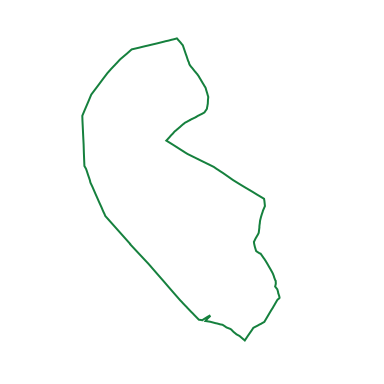 the district of Rozendaal, Gelderland, Netherlands, rotated 322°
{"feature_id": "6326949B60180750903375", "entity_name": "Rozendaal", "entity_type": "district", "adm_level": 2, "iso_a3": "NLD", "parent_name": "Netherlands", "parent_adm1": "Gelderland", "projection": "albers", "projection_center": [5.979, 52.039], "detail": "fine", "context": "isolated", "style": "outline", "palette": "green", "viewbox_px": 384, "rotation_deg": 322, "n_neighbors": 0, "source": "geoboundaries", "source_scale": "gbopen_adm2", "svg_char_len": 5815}
<svg xmlns="http://www.w3.org/2000/svg" viewBox="0 0 384 384"><g transform="rotate(322 192 192)"><path d="M152.5,64.4L149.7,68.2L146.1,73.3L141.0,80.5L135.8,87.9L131.1,94.3L123.2,105.3L122.8,108.3L122.2,110.2L121.4,112.4L120.7,114.3L119.4,118.1L118.6,120.3L118.3,120.8L117.7,122.2L116.8,126.3L114.8,134.0L114.0,137.2L113.3,140.0L112.7,142.3L112.1,144.8L111.2,148.6L110.4,151.5L109.9,153.5L109.7,154.5L109.6,155.0L108.9,157.6L111.3,194.9L111.3,195.0L111.1,195.1L112.1,206.5L113.5,222.0L114.2,235.6L114.7,244.4L115.1,253.1L115.5,260.7L116.0,269.8L116.2,271.7L116.3,272.3L116.3,273.0L116.4,274.0L116.4,274.6L116.5,275.2L116.6,275.8L116.6,276.4L117.0,279.7L117.0,280.1L117.0,280.5L117.1,281.2L117.2,281.9L117.2,282.4L117.3,283.3L117.4,284.2L117.5,285.4L117.6,286.2L117.8,287.7L117.9,288.4L118.0,289.8L118.8,296.9L120.5,298.6L121.1,299.4L122.2,299.4L127.7,300.0L129.6,300.3L129.5,301.0L126.1,301.3L123.2,302.0L123.8,302.6L125.0,303.9L126.6,305.6L127.1,306.3L128.1,307.6L129.9,310.0L130.8,311.0L132.2,312.9L132.5,313.4L134.3,315.4L134.7,316.5L135.3,318.3L135.8,320.0L136.3,320.8L137.0,322.0L137.7,323.1L138.1,324.1L138.3,324.7L138.3,325.0L138.4,326.0L138.5,327.1L138.6,327.7L138.7,328.3L139.2,330.4L139.4,331.4L139.4,331.5L139.9,332.6L140.4,333.8L140.8,334.6L141.1,336.1L141.4,337.7L141.7,339.0L141.7,339.4L142.0,340.2L142.1,341.0L142.2,341.5L144.6,340.7L147.6,339.7L154.1,337.7L156.7,336.8L157.8,337.0L159.0,337.2L160.5,337.5L161.5,337.7L163.7,338.0L164.5,338.2L165.3,338.4L165.8,338.4L165.7,338.4L169.0,338.9L170.0,338.5L173.1,337.3L180.2,334.5L181.8,333.9L182.0,333.8L182.9,333.5L183.2,333.4L184.6,332.9L185.3,332.6L185.9,332.3L186.3,332.2L187.1,331.9L188.0,331.5L188.5,331.3L192.0,329.9L192.6,329.7L193.1,329.5L193.3,329.5L193.7,329.5L193.8,329.5L194.2,329.5L195.4,329.5L195.9,329.2L196.3,328.4L196.5,328.1L196.5,327.9L196.7,327.6L197.0,326.8L197.2,326.1L197.4,325.7L197.6,324.9L197.8,324.6L198.3,323.7L198.7,322.7L199.3,321.2L199.3,320.0L199.3,319.0L199.3,317.7L201.2,316.2L201.3,316.1L201.5,316.0L201.9,315.4L202.2,315.0L203.2,313.6L203.3,313.4L203.3,312.8L203.3,312.7L203.9,310.8L204.4,309.3L204.6,309.0L205.5,306.0L205.8,304.4L206.3,301.2L206.7,298.2L207.2,294.8L207.5,292.3L207.6,291.6L207.7,290.2L207.8,289.4L207.8,288.1L208.0,284.9L208.1,282.8L207.6,282.1L207.4,281.8L207.2,281.0L207.0,280.6L206.7,279.6L206.5,279.2L206.4,278.6L206.2,278.2L206.5,277.2L207.9,273.6L209.2,270.9L210.1,269.4L210.4,269.3L212.6,268.2L213.6,267.7L214.9,267.2L217.4,266.2L217.5,266.2L218.1,265.9L218.5,265.7L218.8,265.6L219.1,265.4L219.3,265.3L219.8,264.9L220.0,264.7L221.1,263.6L221.8,262.9L222.7,262.0L223.1,261.6L223.4,261.3L223.6,261.0L224.1,260.4L224.8,259.7L225.5,259.0L226.4,258.2L226.6,257.9L227.9,256.6L228.1,256.4L231.2,254.0L233.2,252.6L235.5,251.1L236.4,250.4L237.9,249.6L240.8,248.0L243.5,243.7L244.6,241.7L242.6,236.5L241.8,234.5L239.8,229.1L237.0,222.0L234.4,215.2L231.7,207.9L228.1,196.1L226.9,192.7L226.2,190.5L225.7,189.2L224.6,185.6L224.4,185.2L223.2,182.7L219.8,175.7L218.2,172.4L214.3,164.3L211.9,159.3L211.0,156.9L208.5,149.8L205.4,141.1L203.4,135.7L208.4,134.9L209.1,134.7L210.3,134.5L210.8,134.4L212.7,134.2L214.6,133.8L215.1,133.7L215.7,133.6L216.0,133.6L216.3,133.6L216.8,133.6L217.8,133.6L218.8,133.5L220.0,133.5L221.4,133.4L222.5,133.4L223.6,133.3L224.6,133.2L225.3,133.2L226.5,133.1L226.8,133.1L227.1,133.2L228.4,133.1L228.8,133.1L229.0,133.1L229.8,133.2L230.1,133.3L231.2,133.5L232.3,133.7L232.6,133.7L232.9,133.7L233.6,133.9L234.1,134.0L234.4,134.0L234.6,134.1L234.8,134.0L235.2,134.2L235.5,134.2L235.9,134.2L236.2,134.3L236.4,134.3L236.6,134.4L236.9,134.4L237.1,134.5L237.9,134.7L238.1,134.7L238.5,134.8L239.3,135.0L239.8,135.1L240.6,135.3L240.8,135.3L241.2,135.3L241.4,135.4L241.6,135.4L241.7,135.5L241.9,135.5L242.1,135.5L242.4,135.5L242.9,135.5L243.4,135.6L243.7,135.7L244.1,135.7L244.7,135.9L245.5,136.0L246.8,136.3L248.2,136.6L249.0,136.7L249.5,136.8L250.2,136.9L250.5,136.9L250.9,136.9L251.3,136.8L252.8,136.3L254.5,135.8L254.7,135.7L254.9,135.6L255.1,135.5L255.3,135.3L255.4,135.2L256.1,134.5L256.9,133.9L257.7,133.1L258.4,132.5L258.7,132.3L258.9,132.0L259.2,131.7L259.5,131.3L259.8,131.0L261.4,129.1L261.9,128.6L262.4,128.1L262.6,127.9L262.8,127.7L263.0,127.5L263.0,127.4L263.3,127.0L263.5,126.8L263.6,126.6L263.7,126.2L263.8,125.8L264.0,125.4L264.1,125.2L264.2,124.8L264.3,124.6L264.4,124.4L264.5,124.2L264.7,123.7L265.0,123.0L265.1,122.6L265.2,122.4L265.6,121.4L265.7,121.0L265.8,120.8L266.4,119.4L266.5,119.1L266.7,118.7L266.8,118.4L266.9,117.8L267.0,117.3L267.1,115.9L267.2,115.3L267.3,114.7L267.4,113.7L267.5,112.9L267.5,112.6L267.7,111.6L267.7,111.2L267.8,110.4L267.9,110.0L267.9,109.6L268.0,109.2L268.1,108.4L268.1,108.2L268.3,106.7L268.3,106.3L268.4,105.9L268.5,105.6L268.5,105.4L268.5,105.2L268.6,104.5L268.6,104.2L268.6,103.9L268.6,103.6L268.6,103.3L268.6,103.1L268.7,102.9L268.7,102.4L268.6,101.4L268.6,100.8L268.6,100.3L268.6,100.0L268.6,99.6L268.5,99.2L268.5,98.6L268.5,97.3L268.5,97.1L268.5,96.2L268.5,95.2L268.5,94.7L268.5,94.1L268.4,93.4L268.4,92.7L268.4,92.3L268.4,91.9L268.4,91.6L268.4,91.3L268.4,90.8L268.4,90.7L268.5,90.5L268.5,90.4L268.6,90.2L268.6,89.9L268.6,89.7L268.7,89.4L268.8,89.1L269.2,88.2L269.4,87.7L269.7,86.2L271.5,81.2L272.0,79.6L275.1,70.7L275.0,69.5L275.0,67.9L275.0,67.0L275.0,66.9L274.9,66.2L274.9,65.4L274.7,63.2L274.8,61.9L274.6,61.6L274.0,61.4L272.3,60.7L270.5,59.9L270.2,59.7L266.6,58.2L263.8,56.8L263.0,56.5L256.2,53.5L250.6,50.9L247.5,49.5L245.2,48.4L243.0,47.4L240.1,46.1L239.6,45.9L232.3,42.5L230.2,42.6L225.7,42.9L222.7,43.0L220.5,43.1L217.5,43.2L216.8,43.3L215.1,43.5L214.9,43.6L212.3,44.0L212.0,44.1L210.8,44.2L208.6,44.6L208.0,44.6L207.6,44.7L203.5,45.3L202.2,45.6L201.3,45.7L200.5,45.9L198.7,46.2L196.8,46.7L191.5,48.1L183.5,50.3L172.6,53.2L166.4,56.7L158.4,61.1L156.6,62.1L152.5,64.4Z" fill="none" stroke="#15803d" stroke-width="2"/></g></svg>